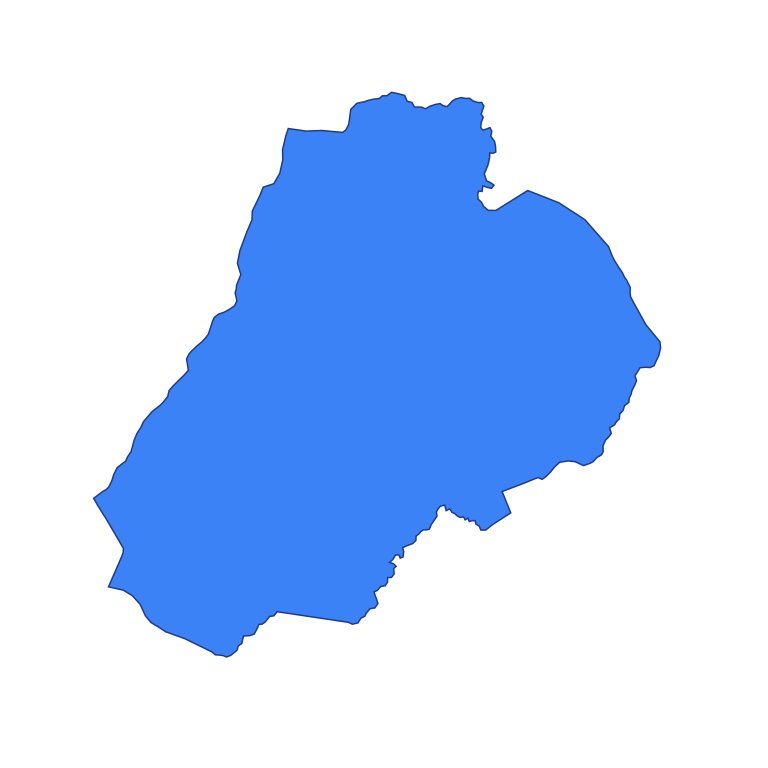 Rio Negro, Mato Grosso do Sul, Brazil, rotated 190°
{"feature_id": "56859067B53049128756879", "entity_name": "Rio Negro", "entity_type": "district", "adm_level": 2, "iso_a3": "BRA", "parent_name": "Brazil", "parent_adm1": "Mato Grosso do Sul", "projection": "robinson", "projection_center": [-54.985, -19.444], "detail": "fine", "context": "isolated", "style": "filled", "palette": "blue", "viewbox_px": 768, "rotation_deg": 190, "n_neighbors": 0, "source": "geoboundaries", "source_scale": "gbopen_adm2", "svg_char_len": 3762}
<svg xmlns="http://www.w3.org/2000/svg" viewBox="0 0 768 768"><g transform="rotate(190 384 384)"><path d="M119.6,473.5L123.1,476.5L128.0,480.6L136.4,487.9L153.2,508.6L156.4,512.9L157.6,517.1L158.3,521.9L160.9,525.4L163.2,528.5L165.9,531.2L168.4,534.8L173.1,539.7L178.2,545.3L181.0,548.9L184.2,554.1L186.8,558.3L214.7,580.7L243.2,592.8L276.1,599.5L303.9,574.4L311.5,573.1L316.7,576.2L319.7,580.0L323.4,582.4L324.6,586.8L324.4,590.4L320.9,590.7L321.0,596.4L316.4,595.5L312.1,595.4L310.2,598.9L314.2,600.8L318.2,601.9L319.9,604.9L321.8,608.5L320.6,613.2L319.7,617.7L319.4,621.9L319.4,626.1L320.0,629.8L316.7,630.2L314.2,631.8L315.4,637.4L317.2,642.0L321.9,646.6L321.7,651.6L324.2,654.9L327.8,652.6L330.9,651.2L333.4,653.5L333.6,658.9L332.6,663.9L335.1,666.5L334.7,670.1L333.9,675.0L336.7,678.2L340.4,677.5L345.4,678.2L349.4,680.2L352.8,679.5L357.9,679.4L363.1,677.0L365.9,674.6L367.9,671.2L370.1,668.0L374.2,668.4L377.5,669.9L382.2,668.1L386.9,665.6L391.0,662.2L395.4,663.2L402.1,662.0L405.3,666.1L410.3,666.5L413.8,671.8L423.2,672.5L427.4,672.5L431.1,668.4L435.7,667.5L438.0,664.5L443.7,662.7L448.7,660.6L452.3,658.6L455.6,657.3L459.5,655.7L462.2,651.8L464.4,648.6L463.8,633.8L464.7,630.6L465.8,627.3L468.4,624.6L489.6,622.8L504.7,619.5L522.6,619.0L523.8,611.2L524.6,597.3L522.6,587.2L522.9,581.0L523.2,573.5L527.3,562.1L537.1,556.9L538.8,548.7L543.7,531.4L542.5,522.7L545.4,510.5L549.1,490.2L549.3,477.4L544.0,466.9L544.9,462.5L546.4,455.7L546.0,452.4L546.4,447.7L544.9,444.3L543.3,440.3L544.7,435.1L549.1,430.8L553.8,427.0L559.3,423.9L562.5,420.3L563.6,416.8L565.6,402.6L567.5,398.9L570.4,394.2L574.6,389.2L579.4,382.8L581.3,379.5L582.8,374.3L580.9,369.0L579.1,363.5L581.6,359.2L591.6,345.1L594.5,340.2L594.8,334.1L598.6,327.2L600.9,324.0L607.7,316.4L614.3,305.2L615.9,299.0L618.7,292.4L620.3,285.3L620.9,278.2L621.4,273.4L624.0,267.4L625.0,263.2L628.1,259.9L632.2,255.3L634.4,248.1L635.3,241.1L637.1,234.9L639.1,232.0L642.2,229.4L650.1,221.0L644.6,214.4L637.1,206.1L634.9,203.8L612.1,176.9L611.6,172.8L612.3,168.9L613.2,165.0L620.1,136.4L604.9,135.7L595.2,131.9L589.9,127.8L586.1,124.9L578.7,114.3L572.0,108.6L564.3,105.7L556.1,102.1L535.9,98.6L507.0,90.3L503.1,88.0L498.5,88.5L495.2,88.6L491.6,87.8L487.9,90.1L485.8,92.5L482.5,96.3L482.1,100.6L478.9,103.9L478.9,107.5L478.6,111.4L472.8,112.8L468.4,115.2L466.6,120.5L465.4,125.6L462.2,126.4L459.8,128.8L458.1,131.9L456.3,135.2L452.2,136.6L449.7,141.2L377.8,143.1L373.4,142.0L368.1,144.2L366.2,149.3L362.6,151.9L361.7,155.2L358.6,160.4L354.1,161.9L351.9,166.8L353.9,170.7L356.1,174.3L357.7,177.6L354.6,179.6L352.2,184.0L347.9,185.5L346.1,189.4L346.8,194.0L343.1,194.8L341.0,198.6L342.4,204.0L340.4,206.6L343.5,208.7L347.6,209.2L344.9,212.5L342.9,217.7L339.6,218.2L337.8,215.4L335.2,217.0L335.5,222.2L337.1,226.1L333.7,228.5L328.1,231.8L325.4,235.4L326.0,239.8L323.5,242.5L322.0,245.2L319.8,247.3L316.8,247.7L314.1,248.9L313.0,254.0L310.6,259.1L308.9,263.1L310.2,267.2L309.1,270.3L307.3,273.4L303.2,275.3L300.8,270.1L297.5,272.5L294.8,269.4L291.8,268.7L289.1,266.9L285.9,265.8L282.6,267.0L280.5,264.3L278.1,266.5L276.2,263.4L273.3,264.7L270.5,265.3L269.2,262.0L265.6,260.6L263.3,257.0L258.5,257.8L252.6,264.5L236.8,279.1L249.0,298.6L228.0,311.2L216.2,318.6L211.7,317.6L209.0,320.3L204.8,326.1L201.8,331.7L197.4,337.4L192.8,339.0L189.4,340.2L182.3,340.7L173.2,338.3L167.1,341.8L164.6,343.8L161.3,348.9L157.6,351.9L156.4,355.5L157.6,361.0L156.2,367.0L153.4,371.1L151.6,374.7L154.2,380.1L149.9,383.8L148.5,387.4L146.2,390.6L146.6,395.3L144.0,399.5L143.3,404.5L139.7,408.5L140.0,412.7L138.9,416.6L138.7,420.6L136.9,426.3L135.9,431.1L138.3,435.8L136.1,440.8L134.8,444.4L129.6,445.9L124.8,446.4L121.2,448.9L120.2,453.1L118.3,459.9L117.9,467.6L119.6,473.5Z" fill="#3b82f6" stroke="#1e3a8a" stroke-width="1.5"/></g></svg>